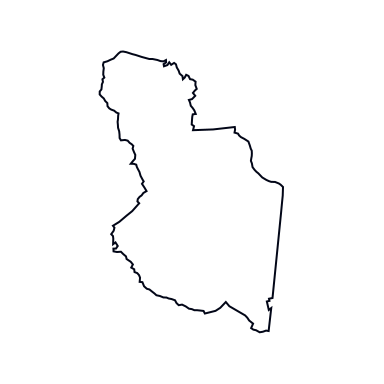 Goioerê, Paraná, Brazil, rotated 77°
{"feature_id": "56859067B5093920016557", "entity_name": "Goioerê", "entity_type": "district", "adm_level": 2, "iso_a3": "BRA", "parent_name": "Brazil", "parent_adm1": "Paraná", "projection": "orthographic", "projection_center": [-53.086, -24.172], "detail": "fine", "context": "isolated", "style": "outline", "palette": "ink", "viewbox_px": 384, "rotation_deg": 77, "n_neighbors": 0, "source": "geoboundaries", "source_scale": "gbopen_adm2", "svg_char_len": 2789}
<svg xmlns="http://www.w3.org/2000/svg" viewBox="0 0 384 384"><g transform="rotate(77 192 192)"><path d="M44.8,241.5L45.6,245.0L45.8,248.9L48.2,250.2L51.5,250.1L54.8,251.3L57.8,252.1L60.8,251.7L62.0,253.9L64.7,254.0L66.8,255.6L68.9,256.2L71.7,257.2L73.3,259.3L76.2,260.0L78.7,258.6L81.0,256.9L83.8,256.1L86.3,254.5L89.4,255.0L91.9,253.8L93.5,252.2L95.2,249.6L97.6,247.8L98.9,245.9L101.1,246.8L104.3,247.7L106.9,248.7L109.9,249.1L112.8,249.6L116.5,249.3L119.7,249.7L123.2,250.4L125.7,249.6L126.2,245.6L127.5,243.1L130.1,241.7L131.9,240.0L133.9,238.8L136.4,240.1L140.2,239.5L143.1,238.9L146.8,240.1L148.8,242.9L150.7,245.3L151.5,242.3L152.8,240.2L155.2,240.1L157.3,239.6L160.6,238.7L164.6,238.5L168.7,237.4L170.8,236.7L172.8,238.9L177.1,237.3L180.9,236.1L182.0,239.6L184.0,241.9L184.9,244.1L186.7,246.4L188.9,247.3L191.1,246.0L197.2,254.6L200.3,261.0L203.4,267.0L204.7,269.5L207.1,276.6L209.3,275.6L212.1,277.0L214.9,280.2L217.2,278.9L219.8,279.2L225.1,280.6L223.9,277.9L227.9,276.5L230.0,278.8L229.5,281.3L232.2,281.8L233.6,278.6L234.2,274.7L237.1,272.9L239.9,270.8L242.6,270.8L246.2,267.4L249.3,265.9L252.0,268.2L254.3,265.7L257.1,266.0L258.7,263.6L261.1,262.3L263.8,261.9L267.8,263.2L268.7,260.6L273.1,259.9L276.1,257.8L277.4,255.4L280.2,253.2L282.4,251.4L284.6,249.9L286.1,246.7L288.3,243.6L289.1,240.6L290.5,238.7L291.7,236.0L293.7,232.9L296.7,232.1L299.3,230.4L299.5,227.0L302.1,223.8L305.0,221.2L306.1,218.5L307.7,216.3L308.3,213.7L309.3,210.8L310.5,207.5L313.3,206.8L313.1,195.8L311.2,190.5L306.8,183.8L311.7,181.3L324.2,168.0L326.9,166.4L330.1,165.2L334.0,162.1L337.9,165.0L339.9,163.2L341.1,160.7L343.9,157.6L344.1,154.4L343.7,151.0L344.7,148.6L322.9,140.9L324.2,143.7L319.0,143.7L315.5,143.7L315.5,141.0L313.3,141.0L313.4,137.4L262.1,120.0L232.0,109.8L221.2,106.2L215.9,104.4L207.6,102.2L204.8,104.0L203.2,105.5L200.9,108.8L199.9,112.6L198.7,114.6L197.0,116.8L193.6,120.3L190.9,121.9L188.7,123.2L186.8,124.7L184.6,126.0L181.4,127.4L177.6,127.2L174.9,127.6L172.4,126.6L170.4,125.7L167.9,125.0L165.2,124.5L163.0,125.0L159.6,125.2L155.5,125.7L152.0,129.1L149.5,132.0L147.5,133.4L145.5,134.0L143.7,137.2L140.9,136.0L138.3,135.7L135.8,157.3L132.0,177.1L128.3,175.2L126.2,177.1L121.8,175.8L118.7,174.8L116.5,173.8L116.8,170.8L113.0,171.4L110.2,172.5L107.7,173.8L104.3,173.8L101.6,174.3L101.5,171.1L99.0,167.2L95.7,168.8L93.8,166.4L92.6,164.2L88.6,164.7L85.3,163.7L82.7,166.0L81.6,168.5L78.1,169.3L76.5,171.3L78.9,173.4L80.1,175.5L76.9,175.2L73.9,177.4L70.8,177.7L67.2,178.8L64.0,178.9L62.2,180.4L63.4,183.7L60.5,185.0L62.8,187.4L63.2,191.0L61.0,190.9L59.9,188.1L57.6,187.7L58.3,190.4L57.4,193.2L55.6,196.0L53.5,200.6L52.8,203.7L49.1,210.6L45.8,216.1L44.3,219.0L41.0,224.5L39.6,227.6L39.3,230.0L40.4,232.4L44.3,238.3L44.8,241.5Z" fill="none" stroke="#020617" stroke-width="2"/></g></svg>